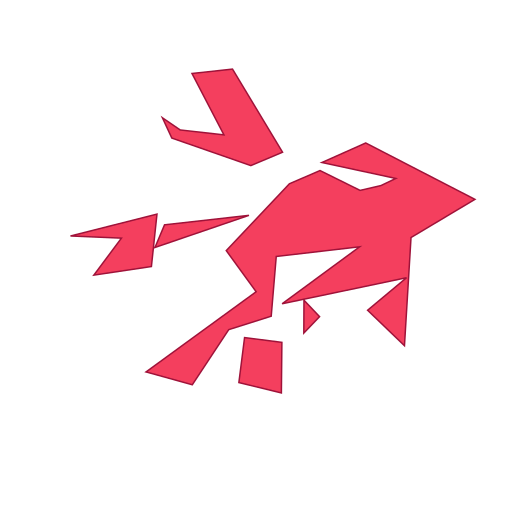 SVG path tracing the border of Argyll and Bute, rotated 28°
{"feature_id": "GBR-2746", "entity_name": "Argyll and Bute", "entity_type": "Unitary District", "adm_level": 1, "iso_a3": "GBR", "parent_name": "United Kingdom", "parent_adm1": "", "projection": "robinson", "projection_center": [-5.597, 55.994], "detail": "coarse", "context": "isolated", "style": "filled", "palette": "rose", "viewbox_px": 512, "rotation_deg": 28, "n_neighbors": 0, "source": "natural_earth", "source_scale": "10m", "svg_char_len": 774}
<svg xmlns="http://www.w3.org/2000/svg" viewBox="0 0 512 512"><g transform="rotate(28 256 256)"><path d="M429.2,265.5L380.0,251.5L399.1,204.5L301.5,285.9L343.2,199.2L274.1,246.9L297.7,302.0L266.5,333.8L260.2,399.6L213.3,410.0L272.9,287.5L227.2,265.2L251.6,176.5L272.4,150.5L317.1,149.2L333.3,135.1L343.0,121.9L270.3,142.5L299.8,104.7L422.7,103.2L384.2,166.9L429.2,265.5ZM230.7,151.9L209.0,178.6L126.3,191.4L108.5,177.9L129.9,180.3L170.8,164.1L113.8,124.9L147.5,102.0L230.7,151.9ZM168.6,314.4L121.8,349.0L128.8,303.4L82.8,325.4L148.9,265.5L168.6,314.4ZM342.7,365.0L300.3,375.8L284.2,333.4L319.4,320.1L342.7,365.0ZM160.6,271.4L230.7,223.4L162.8,295.9L160.6,271.4ZM340.6,279.7L334.4,301.6L319.1,272.5L340.6,279.7Z" fill="#f43f5e" stroke="#9f1239" stroke-width="1.5"/></g></svg>